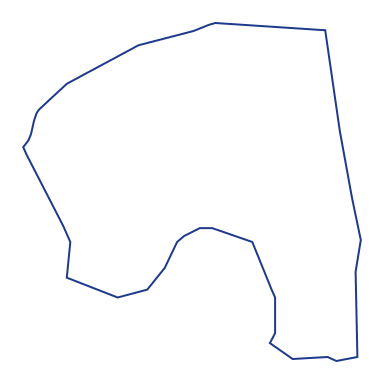 Bakool, Robinson projection
{"feature_id": "SOM-2312", "entity_name": "Bakool", "entity_type": "Region", "adm_level": 1, "iso_a3": "SOM", "parent_name": "Somalia", "parent_adm1": "", "projection": "robinson", "projection_center": [43.857, 4.102], "detail": "fine", "context": "isolated", "style": "outline", "palette": "blue", "viewbox_px": 384, "rotation_deg": 0, "n_neighbors": 0, "source": "natural_earth", "source_scale": "10m", "svg_char_len": 760}
<svg xmlns="http://www.w3.org/2000/svg" viewBox="0 0 384 384"><path d="M215.4,23.0L225.9,23.7L235.0,24.3L244.1,24.9L253.1,25.5L262.2,26.1L271.3,26.7L280.3,27.3L289.4,27.9L298.5,28.5L307.5,29.1L316.6,29.7L325.2,30.2L339.8,130.9L352.1,198.4L360.8,240.0L355.6,271.7L357.4,357.0L336.4,361.0L327.6,357.0L292.6,359.0L269.9,343.1L275.1,333.2L275.1,297.5L271.6,289.6L252.3,242.0L212.1,228.1L199.8,228.1L184.1,236.0L177.1,242.0L164.8,267.8L147.3,289.6L117.6,297.5L66.8,277.7L70.3,242.0L63.3,226.1L26.6,154.7L23.2,147.1L28.3,140.6L31.0,134.2L34.1,120.4L36.4,113.7L37.6,111.6L39.0,109.6L52.1,97.4L66.8,83.8L86.6,73.1L106.6,62.4L126.3,51.8L138.4,45.3L158.0,40.2L171.2,36.8L188.5,32.3L193.8,30.9L209.0,24.8L215.4,23.0Z" fill="none" stroke="#1e3a8a" stroke-width="2"/></svg>